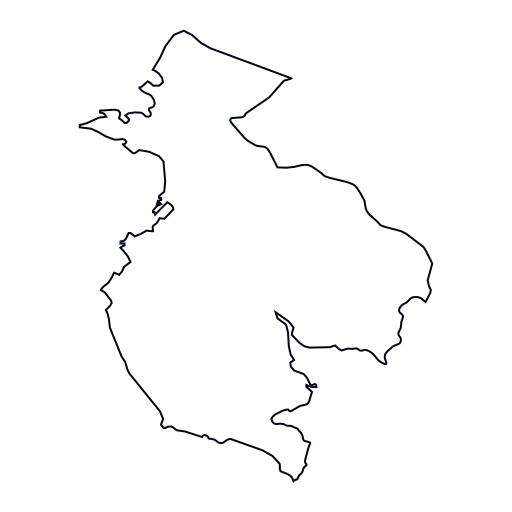 SVG path tracing the border of Guanacaste
{"feature_id": "CRI-1334", "entity_name": "Guanacaste", "entity_type": "Province", "adm_level": 1, "iso_a3": "CRI", "parent_name": "Costa Rica", "parent_adm1": "", "projection": "albers", "projection_center": [-85.354, 10.467], "detail": "fine", "context": "isolated", "style": "outline", "palette": "ink", "viewbox_px": 512, "rotation_deg": 0, "n_neighbors": 0, "source": "natural_earth", "source_scale": "10m", "svg_char_len": 5365}
<svg xmlns="http://www.w3.org/2000/svg" viewBox="0 0 512 512"><path d="M183.7,30.7L192.2,35.1L200.6,42.7L210.2,48.2L240.3,59.4L280.5,74.3L291.2,78.3L290.5,78.9L288.3,79.4L286.5,80.1L285.3,80.2L284.5,80.5L283.4,81.3L269.2,97.4L245.8,113.4L245.2,114.8L244.4,116.1L241.6,117.3L231.5,118.1L230.4,119.4L230.3,120.1L230.3,120.9L231.0,122.2L231.3,122.7L244.9,138.4L248.2,141.0L255.5,145.3L257.3,145.9L264.0,146.8L264.8,147.0L265.5,147.4L266.2,147.8L267.5,148.8L270.1,152.8L277.5,167.4L286.4,167.7L294.2,166.9L300.7,165.3L304.4,164.9L306.3,164.8L308.2,165.0L310.0,165.7L312.3,166.8L321.1,172.9L323.3,175.0L325.2,176.4L329.8,177.9L345.6,181.7L349.0,182.7L353.0,184.4L354.9,185.6L356.8,187.6L361.0,194.3L364.4,200.5L365.8,208.7L366.7,210.8L368.4,213.4L369.3,214.5L377.3,221.6L380.5,225.2L384.6,226.8L401.0,231.1L406.4,233.9L423.5,247.0L425.7,250.5L432.3,263.5L427.7,280.2L428.9,285.8L429.7,287.9L430.1,288.5L430.8,289.8L430.3,292.8L425.6,302.0L420.9,298.2L419.6,297.6L417.9,297.1L416.4,297.0L414.1,297.1L412.9,297.3L411.9,297.7L410.1,298.9L407.5,301.7L406.4,302.6L403.7,304.0L401.9,305.2L400.6,306.6L399.8,307.8L399.3,308.9L399.1,309.7L399.1,310.6L399.2,311.4L399.6,312.1L400.0,312.7L402.2,314.7L402.6,315.3L402.8,316.1L403.0,316.9L402.8,317.7L401.4,321.8L400.8,327.6L400.5,328.5L398.6,332.3L398.4,333.4L398.4,334.2L398.6,334.9L398.9,335.6L399.3,336.2L400.3,337.3L400.7,338.2L400.9,339.3L400.7,341.5L400.2,342.6L399.6,343.4L393.9,345.9L392.6,346.7L387.2,351.5L385.8,353.2L385.0,354.6L384.8,356.4L384.7,357.4L385.1,359.1L386.2,362.3L386.3,363.5L385.9,364.0L385.2,364.0L384.3,363.9L383.6,363.6L380.8,362.1L378.5,360.3L377.4,359.2L373.7,354.6L371.5,352.7L370.9,352.2L368.1,350.7L366.7,350.2L365.8,350.0L364.8,349.9L363.6,350.1L362.1,350.6L361.6,350.7L360.9,350.7L360.1,350.5L359.4,350.2L358.8,349.8L357.7,348.9L357.0,348.6L356.2,348.4L355.4,348.4L353.7,348.7L351.8,348.9L350.9,348.9L350.0,348.7L347.5,348.7L341.5,350.5L340.2,349.6L339.0,349.1L335.1,345.5L329.7,347.2L309.5,347.6L304.2,346.2L299.4,342.8L291.9,335.0L291.9,333.1L293.6,327.5L288.4,321.2L275.6,312.2L277.4,318.3L286.0,324.6L288.0,332.1L288.8,346.1L290.6,354.4L294.1,360.0L290.3,362.5L290.8,366.7L294.3,370.7L303.5,373.9L306.7,377.4L310.6,385.0L312.5,385.0L314.9,384.0L316.0,384.8L316.4,386.9L313.8,387.1L311.1,386.8L308.6,386.0L306.4,385.0L306.4,386.9L312.0,391.9L309.0,401.7L307.2,404.2L300.7,405.8L299.2,406.4L291.5,410.9L290.1,411.3L289.5,411.0L288.9,410.5L288.4,410.0L287.9,409.5L285.9,409.7L282.7,410.7L275.4,414.3L272.6,416.8L271.4,419.1L271.9,420.9L272.9,422.3L274.0,423.3L275.3,423.9L276.6,424.1L279.4,423.7L280.3,423.7L281.2,423.8L283.9,424.2L284.6,424.6L285.9,425.3L286.7,425.6L287.5,425.8L290.3,425.8L292.0,426.2L294.0,427.3L296.3,428.1L297.0,428.5L297.6,428.9L298.9,430.7L300.5,432.2L301.3,433.5L301.7,434.2L302.1,434.9L302.7,436.3L302.9,438.1L303.4,439.8L303.8,440.4L304.4,440.9L305.1,441.1L309.5,442.2L310.1,442.8L310.2,443.5L309.3,445.4L308.2,448.5L305.1,460.1L305.1,462.0L305.5,463.2L306.3,464.2L306.5,464.9L306.2,465.5L304.5,466.8L303.9,467.8L303.2,469.1L302.4,471.7L301.7,473.0L301.0,473.8L300.2,474.3L299.4,475.0L297.4,479.0L296.7,479.5L296.1,479.6L294.3,480.4L293.6,481.2L293.5,481.3L292.0,477.5L290.7,476.1L288.0,474.3L280.5,471.2L279.8,468.8L279.9,466.0L279.7,463.9L272.6,456.1L262.7,450.4L230.5,438.9L227.7,439.5L223.4,442.5L221.5,443.2L218.6,442.6L214.5,439.6L211.2,438.9L209.3,438.7L208.6,438.3L208.3,437.3L207.2,436.0L205.1,435.0L203.3,435.4L202.2,436.4L202.0,437.0L185.1,431.5L177.0,430.3L175.1,429.1L173.6,427.6L171.2,426.5L167.8,426.6L165.6,427.9L163.6,428.1L161.0,424.6L163.1,418.9L160.0,411.3L129.4,373.5L127.6,370.1L125.2,362.0L121.5,356.3L109.9,327.6L108.9,319.0L107.6,313.8L105.9,310.0L110.0,305.9L111.7,303.0L111.1,300.6L104.8,292.4L100.8,290.0L103.0,287.0L108.2,282.9L111.7,277.7L114.1,272.7L119.2,274.8L122.0,271.5L124.1,266.8L130.5,262.0L128.0,256.6L123.5,250.9L120.4,247.7L122.3,246.4L123.1,245.9L124.5,245.6L124.5,243.5L120.5,243.5L120.5,241.5L123.9,240.8L126.0,238.7L128.6,233.0L130.6,233.0L134.8,236.4L140.6,234.0L146.6,230.6L151.2,231.2L153.0,231.2L152.6,227.2L153.7,225.2L155.4,224.2L156.9,222.9L159.7,218.1L160.7,218.4L164.4,218.7L173.4,209.3L172.7,206.8L171.2,204.9L167.3,202.2L155.1,214.6L154.8,213.6L154.8,212.7L154.5,212.2L153.0,212.3L153.1,210.4L156.5,206.6L158.6,205.1L161.2,204.2L159.2,202.2L158.9,202.4L158.5,203.0L157.9,203.7L157.0,204.2L157.7,201.7L157.9,200.8L161.2,199.9L161.2,198.0L159.2,198.0L159.2,195.8L164.2,191.8L165.2,181.5L163.5,161.5L159.0,156.2L149.2,151.8L139.3,150.1L134.8,153.2L133.0,153.2L124.8,146.3L122.4,143.7L123.8,144.2L125.6,143.4L126.4,141.7L124.7,139.6L122.5,139.1L116.7,139.7L114.3,139.6L105.6,136.3L98.7,132.2L91.0,128.7L79.7,127.3L79.8,125.0L86.5,123.3L99.1,117.6L106.2,116.8L105.1,114.9L104.2,113.8L102.8,113.1L100.1,112.6L100.1,110.6L114.8,109.7L118.6,110.6L120.1,112.9L119.8,115.7L119.0,117.9L119.6,118.9L120.9,119.5L124.7,123.0L126.5,123.0L128.8,120.8L128.8,118.9L125.4,115.5L128.6,113.3L135.0,112.4L141.0,112.7L143.0,113.7L145.7,116.3L148.1,116.8L150.0,116.1L150.9,114.4L150.5,112.3L149.1,110.6L149.1,108.4L153.5,106.7L154.8,103.4L153.7,99.5L151.3,95.9L149.2,94.4L144.2,92.3L142.0,90.8L139.5,88.1L139.5,87.4L141.0,87.1L143.0,85.6L147.6,81.4L150.2,82.8L153.3,85.7L159.3,85.6L162.9,82.3L162.1,77.9L158.9,73.6L155.2,70.9L152.7,69.8L159.9,58.1L165.4,46.2L173.8,34.9L183.7,30.7Z" fill="none" stroke="#020617" stroke-width="2"/></svg>